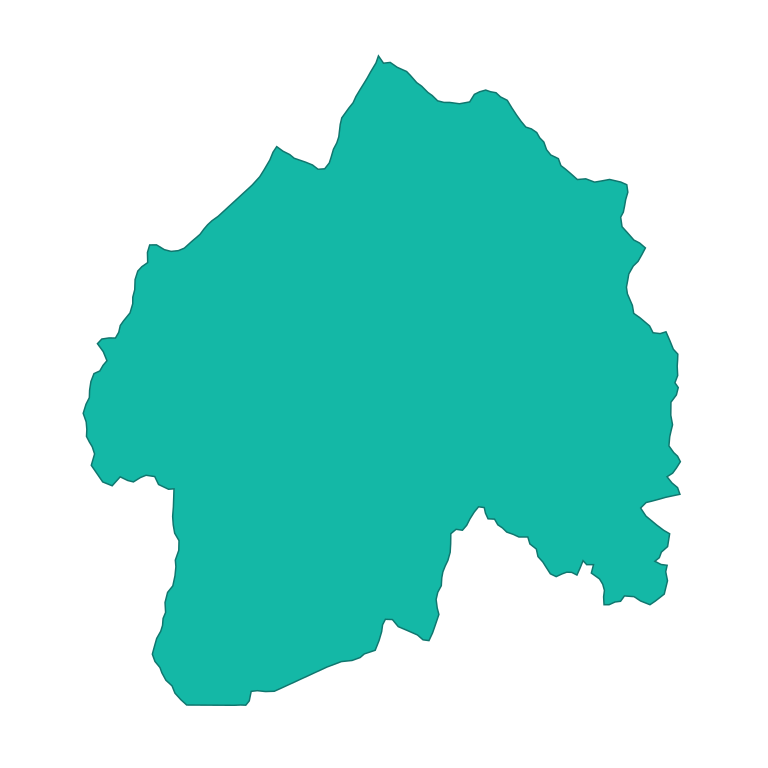 the district of Olímpia, São Paulo, Brazil, rotated 182°
{"feature_id": "56859067B84297955645286", "entity_name": "Olímpia", "entity_type": "district", "adm_level": 2, "iso_a3": "BRA", "parent_name": "Brazil", "parent_adm1": "São Paulo", "projection": "robinson", "projection_center": [-48.975, -20.708], "detail": "fine", "context": "isolated", "style": "filled", "palette": "teal", "viewbox_px": 768, "rotation_deg": 182, "n_neighbors": 0, "source": "geoboundaries", "source_scale": "gbopen_adm2", "svg_char_len": 3840}
<svg xmlns="http://www.w3.org/2000/svg" viewBox="0 0 768 768"><g transform="rotate(182 384 384)"><path d="M105.3,176.5L96.6,183.8L93.8,197.3L95.9,206.2L94.7,212.7L100.8,213.3L107.1,216.3L102.8,220.0L100.9,225.7L94.9,231.4L93.3,244.3L99.3,247.5L106.6,252.6L117.6,261.1L123.2,269.0L117.9,274.7L112.5,276.2L104.0,278.8L98.5,280.6L92.1,282.2L84.4,284.1L87.0,290.7L92.8,295.2L97.9,301.2L92.4,305.0L88.8,310.3L85.1,316.7L88.1,322.1L92.1,325.6L97.1,332.1L96.6,341.3L95.5,347.1L94.2,353.3L96.3,362.8L96.6,375.8L91.4,383.3L89.8,390.7L93.3,395.4L90.8,402.7L91.6,412.1L91.4,418.2L91.4,424.1L96.1,428.9L99.6,436.8L104.0,446.0L109.8,444.0L116.9,444.6L120.6,451.3L130.2,458.9L136.9,463.3L138.5,471.2L141.2,476.9L143.9,482.6L145.1,489.2L144.0,496.5L143.2,502.5L139.0,510.6L134.4,515.4L130.8,522.3L127.5,529.1L133.4,533.8L139.3,536.6L144.0,541.6L151.6,549.5L153.3,559.0L150.8,564.1L149.8,570.1L148.9,576.7L147.0,584.2L148.3,591.6L154.4,594.1L165.7,596.3L173.8,594.5L180.6,593.1L189.5,596.1L197.9,595.1L205.0,601.0L210.3,605.2L214.8,608.4L217.6,615.3L225.3,618.7L229.7,623.8L232.7,631.4L237.0,635.5L240.1,640.6L245.6,644.1L251.2,645.7L256.2,651.3L260.9,657.4L266.0,664.6L270.7,671.8L277.6,675.0L282.2,679.0L287.7,679.8L292.6,681.3L298.6,679.4L303.8,676.6L308.2,668.9L318.4,666.7L328.2,667.7L333.9,667.5L340.3,668.9L345.9,674.0L350.3,676.9L356.7,682.9L361.8,686.3L368.2,693.1L372.3,697.1L377.0,699.0L381.9,701.0L389.0,705.6L395.7,704.6L401.0,711.7L403.2,704.6L408.4,695.2L411.4,689.3L414.1,684.5L417.9,677.9L422.1,670.3L424.7,664.0L428.6,658.8L435.5,648.5L436.8,641.9L437.8,629.5L439.6,623.3L442.7,616.9L444.8,608.6L446.4,603.0L450.8,597.0L457.4,596.3L463.1,600.4L470.2,603.0L481.7,606.5L486.2,610.0L493.0,613.1L499.5,617.5L503.0,611.8L505.9,603.9L511.2,594.1L515.4,586.8L522.8,578.1L555.7,545.7L561.5,541.3L565.8,537.0L569.4,532.5L573.1,527.1L581.4,519.5L588.3,512.8L594.2,510.1L601.4,509.1L608.2,510.6L616.2,515.1L623.0,514.8L625.0,507.2L624.4,497.1L630.1,492.8L634.0,488.3L636.4,479.7L636.4,469.6L638.1,462.0L637.9,455.5L640.3,446.2L646.5,438.0L649.6,433.3L650.9,426.4L654.0,420.6L660.6,420.4L667.6,419.1L671.8,414.3L665.7,406.5L661.7,397.6L665.4,392.9L668.5,387.1L674.2,384.3L677.0,376.2L678.0,367.6L678.0,360.1L681.1,353.4L683.6,344.2L680.3,335.7L679.4,328.2L679.5,321.2L676.4,315.7L673.4,311.1L670.8,304.0L673.7,292.5L666.8,283.2L661.7,276.3L652.1,272.8L644.4,282.0L636.7,278.6L631.0,277.4L624.2,282.0L618.6,284.5L609.9,283.5L605.8,275.7L595.7,271.3L590.2,271.9L590.2,262.9L590.2,253.8L590.6,244.3L589.7,235.8L588.0,227.6L583.4,220.3L583.3,210.6L586.4,200.7L585.6,194.1L586.2,185.0L588.0,174.9L593.0,168.2L595.2,158.0L594.3,148.1L596.6,142.0L596.9,135.0L598.5,129.1L602.3,121.8L604.5,112.8L606.1,105.9L603.2,98.7L598.0,92.8L595.9,87.6L591.6,80.3L585.3,74.9L582.1,67.7L576.0,61.4L570.0,56.3L522.4,57.7L516.1,58.2L510.9,58.2L507.6,62.6L506.0,72.2L499.9,73.1L491.7,72.5L482.9,73.1L477.0,76.0L431.2,99.1L416.9,105.1L406.2,106.6L398.3,109.8L394.2,113.6L383.5,117.6L380.0,127.4L377.7,136.4L377.0,143.3L374.4,148.9L367.4,148.9L361.3,142.0L352.2,138.5L341.9,134.4L336.1,129.7L330.1,129.1L326.8,136.9L324.9,143.0L321.1,155.6L323.0,162.0L324.4,170.5L323.0,177.7L319.7,184.4L319.5,192.3L318.6,198.3L316.5,204.2L314.0,209.9L312.0,218.1L311.8,226.4L312.0,236.7L306.9,241.3L300.5,240.6L296.4,245.7L293.4,252.2L289.3,259.2L285.2,264.6L279.5,264.0L278.1,258.5L275.3,252.9L268.8,252.8L265.3,247.2L260.6,244.3L256.2,240.3L250.1,238.4L243.8,235.8L234.9,236.1L232.6,229.2L226.0,224.4L224.1,216.9L219.0,211.6L215.9,207.0L211.1,200.1L205.2,197.5L199.5,200.4L194.8,202.3L189.8,202.3L184.5,199.8L181.6,207.0L178.9,214.4L175.1,210.5L168.3,210.8L170.2,202.3L161.8,196.7L158.4,191.5L156.5,185.4L157.1,179.0L156.4,171.1L151.3,171.3L145.5,174.2L140.0,175.1L136.3,180.6L126.7,180.2L120.0,176.1L110.5,172.7L105.3,176.5Z" fill="#14b8a6" stroke="#0f766e" stroke-width="1.5"/></g></svg>